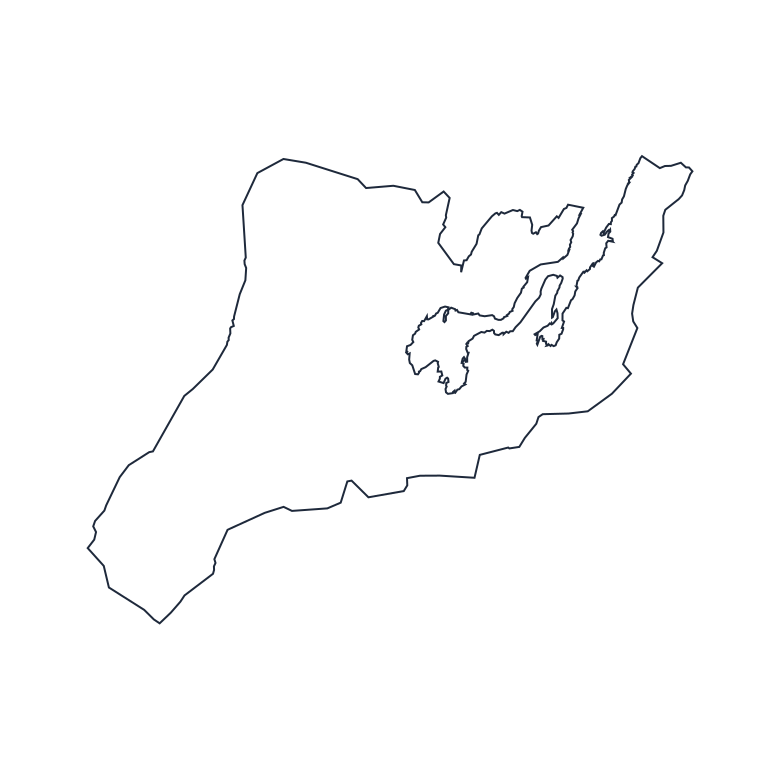 Samnanger nor, Hordaland, Norway, rotated 194°
{"feature_id": "86288312B8204828697072", "entity_name": "Samnanger nor", "entity_type": "district", "adm_level": 2, "iso_a3": "NOR", "parent_name": "Norway", "parent_adm1": "Hordaland", "projection": "orthographic", "projection_center": [5.7, 60.407], "detail": "fine", "context": "isolated", "style": "outline", "palette": "slate", "viewbox_px": 768, "rotation_deg": 194, "n_neighbors": 0, "source": "geoboundaries", "source_scale": "gbopen_adm2", "svg_char_len": 6164}
<svg xmlns="http://www.w3.org/2000/svg" viewBox="0 0 768 768"><g transform="rotate(194 384 384)"><path d="M273.5,314.9L273.9,338.4L248.1,352.4L246.8,351.8L237.5,355.7L234.3,365.8L226.6,382.3L226.1,389.3L222.7,393.1L197.8,400.0L179.7,406.8L160.5,429.7L146.9,453.8L156.8,461.0L151.7,499.6L157.3,505.0L160.3,512.3L161.1,520.9L161.0,538.9L143.3,568.5L154.1,572.0L151.5,579.2L149.5,598.6L153.7,614.8L153.2,621.1L142.7,634.8L140.4,639.1L139.6,644.8L139.8,649.5L138.4,654.6L137.6,661.5L136.2,665.0L140.5,667.9L143.4,667.2L149.5,670.5L158.3,665.1L164.1,663.5L168.6,660.2L188.8,667.5L189.9,665.1L190.5,659.8L191.8,657.9L191.8,656.1L192.7,655.6L192.8,653.4L194.1,650.5L194.1,649.5L192.9,649.1L193.9,647.3L193.1,646.5L194.9,644.1L194.0,644.2L195.8,641.2L195.0,639.3L195.4,638.2L194.8,638.4L196.0,635.6L196.6,631.7L196.6,624.1L197.6,620.7L197.3,617.5L198.9,615.1L200.2,603.8L201.0,603.8L201.4,602.0L203.0,600.1L202.3,597.4L203.0,595.7L202.6,594.0L204.5,593.7L206.3,589.5L207.5,583.6L208.6,585.1L209.9,583.1L210.1,581.1L208.8,580.5L205.9,582.3L204.4,586.0L203.2,587.6L202.5,586.7L201.9,588.4L201.3,586.6L202.5,584.4L202.2,580.7L197.4,580.2L196.5,577.9L197.1,577.8L196.5,577.4L201.1,577.2L202.4,574.3L201.1,570.4L202.2,569.2L202.5,564.4L201.8,562.2L202.6,561.7L203.2,557.6L204.3,557.2L204.9,555.1L206.2,555.2L207.6,553.3L208.7,548.6L210.1,549.1L210.1,551.8L210.6,551.5L212.3,547.0L212.0,545.4L214.0,542.6L215.0,543.3L216.9,539.6L216.5,541.6L217.7,541.2L220.3,534.6L220.6,531.5L221.3,531.0L220.9,525.2L219.3,524.6L220.4,524.6L219.4,523.9L220.8,520.1L220.5,516.1L221.6,512.0L222.8,510.5L223.9,502.1L225.5,502.0L227.8,495.5L226.2,488.9L224.4,488.2L225.0,481.4L223.7,481.7L223.4,480.5L223.9,475.7L225.8,474.2L225.0,470.4L226.5,466.3L226.8,463.1L228.5,461.8L230.9,462.5L231.6,461.2L234.1,462.4L234.5,461.0L235.5,460.5L235.2,461.3L236.5,462.2L237.0,464.3L240.1,464.3L240.1,466.2L241.1,465.8L242.0,468.8L242.8,468.8L243.9,467.6L244.7,459.2L245.5,460.1L245.0,463.2L246.4,463.2L247.0,469.7L249.1,468.1L249.9,468.7L245.7,472.8L242.9,477.4L239.3,480.1L237.8,482.9L236.5,482.5L236.2,483.7L235.4,482.7L234.4,483.8L231.4,489.9L232.8,494.7L234.7,498.0L235.8,495.8L236.4,489.7L237.0,489.1L239.1,497.3L238.6,502.4L239.1,511.2L238.0,514.3L238.2,516.0L237.1,520.1L237.4,522.0L236.5,524.9L236.1,529.5L236.6,530.9L239.4,531.9L241.4,529.1L242.4,530.7L246.2,530.9L250.9,528.3L252.7,524.4L254.4,514.4L254.4,511.6L253.6,508.9L254.4,505.2L257.1,500.8L266.6,476.8L270.1,470.9L271.8,466.4L274.3,465.7L275.5,463.8L278.0,464.3L280.0,461.2L280.4,462.6L281.6,462.4L284.5,459.2L288.0,459.0L289.5,460.0L290.2,462.2L292.0,462.9L294.2,460.9L297.1,460.4L298.9,458.2L302.2,458.0L308.3,452.5L309.0,449.5L312.3,446.0L312.2,444.1L313.1,444.4L313.8,442.7L312.0,441.1L313.1,440.0L312.7,437.8L310.3,434.5L309.5,434.7L309.8,430.1L308.7,425.8L310.0,425.3L310.5,427.2L312.9,429.4L313.8,427.7L313.8,425.3L311.9,426.4L313.6,423.2L311.6,422.8L311.5,420.8L309.6,419.5L307.1,420.1L306.7,417.8L305.5,417.2L306.2,413.2L305.3,405.9L306.4,403.9L304.9,403.3L308.2,400.4L309.7,397.2L311.4,396.3L312.8,392.6L313.5,392.7L314.0,394.5L315.1,393.0L315.0,391.8L319.6,389.9L321.8,390.9L323.1,394.0L322.6,396.7L323.3,397.3L323.8,400.0L321.9,401.6L323.1,404.8L324.3,405.4L325.6,404.0L326.4,399.3L331.7,399.6L331.1,402.6L331.5,404.5L329.5,406.4L331.4,410.0L334.9,409.0L335.4,413.0L335.0,413.8L336.9,417.2L336.9,418.6L340.0,419.3L341.5,418.4L347.7,410.4L351.4,407.5L352.0,405.3L353.1,404.5L352.7,403.6L353.4,401.6L356.2,401.2L361.1,409.0L364.0,410.6L365.5,413.8L366.5,419.9L368.1,418.6L370.2,420.0L370.1,420.9L368.5,420.7L370.3,421.6L370.8,426.2L367.7,428.3L365.7,431.8L367.3,433.7L367.7,438.3L366.0,440.4L365.8,442.3L363.1,445.4L364.4,447.2L364.3,449.0L362.2,450.9L362.9,452.1L362.2,454.4L360.3,454.7L358.8,460.2L357.8,457.2L356.5,457.4L352.5,461.3L352.8,462.7L352.1,461.7L351.1,462.6L350.5,465.0L349.1,466.1L347.5,471.4L343.5,473.9L340.0,474.0L340.0,471.5L341.7,470.1L342.5,466.0L341.6,459.4L340.3,458.7L339.3,460.6L340.4,464.9L338.8,468.1L339.6,471.3L337.3,474.3L333.1,473.8L332.4,472.6L331.1,473.5L329.2,471.6L316.5,472.5L317.0,473.0L316.5,474.3L314.7,474.2L314.4,472.9L309.6,475.2L307.8,473.7L302.7,474.1L295.7,477.0L293.6,476.3L292.2,474.3L288.5,473.9L286.1,474.5L283.9,476.6L283.8,477.8L280.8,479.9L281.4,480.6L279.7,482.6L279.4,484.3L276.2,486.7L277.3,486.1L277.6,487.8L276.7,490.0L276.8,494.0L275.5,499.7L273.2,505.7L273.3,509.9L271.8,511.4L272.3,512.1L269.7,517.4L270.1,522.5L271.8,520.6L272.3,521.2L270.0,529.1L260.9,537.9L244.8,544.6L241.0,550.1L240.5,549.1L237.3,553.6L236.7,558.6L237.4,558.3L237.3,559.9L236.5,562.1L237.3,564.1L236.6,566.9L237.8,568.8L236.6,572.9L236.8,575.6L237.7,576.6L237.5,578.1L238.7,579.2L235.6,586.5L235.3,591.9L234.3,596.2L235.2,595.8L233.3,603.2L248.8,602.5L249.6,599.0L251.8,597.3L254.8,587.4L256.9,588.5L262.7,577.6L269.6,574.2L270.8,570.2L270.9,567.3L271.6,566.5L273.3,568.0L275.6,565.9L277.0,566.4L278.0,568.6L278.7,574.3L282.7,580.9L290.4,579.3L291.0,580.1L291.3,584.7L294.3,585.8L296.5,584.0L301.0,584.0L308.3,578.5L311.8,579.1L313.5,575.9L315.8,577.4L317.2,576.5L319.9,572.8L326.8,558.6L327.6,552.2L328.5,551.1L328.1,542.4L330.9,533.5L330.9,530.7L332.6,528.4L333.8,524.1L336.3,523.2L336.2,511.1L337.7,517.7L345.2,517.2L365.5,534.1L365.9,543.1L362.4,551.0L365.2,553.1L363.9,560.5L364.8,562.7L365.3,580.4L372.7,585.2L384.6,571.0L390.8,569.6L401.0,579.7L422.9,578.6L448.8,569.8L459.1,576.4L513.3,579.8L536.0,578.0L557.9,558.0L564.6,523.3L548.7,473.2L549.3,470.0L548.2,466.6L545.8,463.2L543.6,451.1L545.7,436.2L545.8,413.2L545.3,410.7L546.5,409.0L543.8,404.0L546.3,402.0L546.7,400.6L545.3,395.9L546.0,391.4L545.3,389.0L546.2,387.2L545.9,383.9L553.7,356.6L568.3,332.9L574.9,324.1L591.9,262.7L595.3,261.1L612.0,243.5L617.9,229.7L624.2,199.0L624.7,193.5L631.2,181.2L631.7,175.5L627.6,170.7L627.5,162.9L631.8,153.1L611.9,139.7L601.7,120.0L562.0,106.8L550.4,99.9L543.8,97.5L535.5,110.6L528.9,123.5L526.4,130.6L504.0,158.5L503.9,162.5L504.9,165.9L504.2,169.6L506.2,173.0L500.5,204.7L468.6,230.1L451.7,240.5L442.6,238.6L408.9,249.6L397.3,258.4L396.0,280.6L392.1,282.4L371.7,270.3L338.9,284.9L336.9,291.3L338.9,298.2L326.9,303.7L307.7,308.6L273.5,314.9Z" fill="none" stroke="#1e293b" stroke-width="2"/></g></svg>